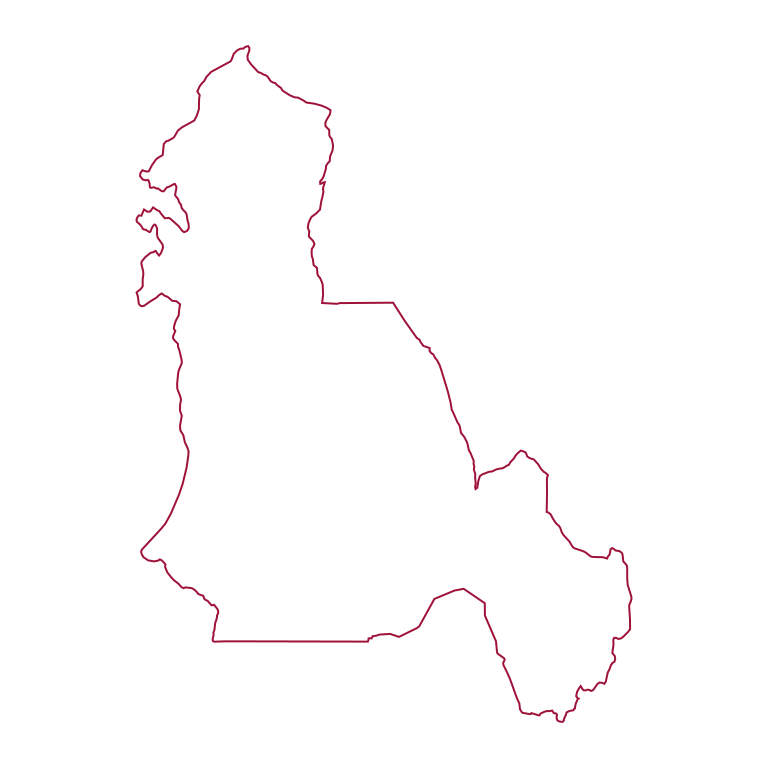 the district of Samburu West, Rift Valley, Kenya
{"feature_id": "3690345B66699120795125", "entity_name": "Samburu West", "entity_type": "district", "adm_level": 2, "iso_a3": "KEN", "parent_name": "Kenya", "parent_adm1": "Rift Valley", "projection": "natural_earth1", "projection_center": [36.61, 1.09], "detail": "fine", "context": "isolated", "style": "outline", "palette": "rose", "viewbox_px": 768, "rotation_deg": 0, "n_neighbors": 0, "source": "geoboundaries", "source_scale": "gbopen_adm2", "svg_char_len": 6092}
<svg xmlns="http://www.w3.org/2000/svg" viewBox="0 0 768 768"><path d="M578.5,698.6L577.6,698.3L576.2,696.1L577.1,691.8L579.4,687.7L580.7,686.1L582.4,689.0L583.7,690.3L585.8,690.3L587.6,689.7L589.3,689.9L591.2,691.0L592.6,690.4L594.0,689.0L597.1,684.3L599.5,682.5L602.4,682.9L604.4,683.8L605.8,681.7L607.7,672.6L609.3,669.7L611.0,665.1L612.3,663.1L614.4,661.8L615.2,659.1L614.8,656.1L612.3,652.9L613.5,644.6L613.3,639.7L614.2,637.8L616.1,637.9L618.6,639.0L621.2,638.3L623.3,636.7L628.2,631.8L630.1,629.2L630.0,619.3L629.2,607.2L629.3,604.7L630.7,601.7L631.5,598.6L631.3,596.5L627.7,584.9L627.2,578.6L627.2,567.9L626.7,565.2L623.3,561.4L622.6,554.9L622.0,553.0L619.5,551.1L615.6,550.5L613.9,549.0L612.1,548.1L610.6,549.2L609.6,554.5L607.9,556.6L607.1,558.5L602.9,557.2L593.2,557.0L590.6,556.4L585.7,552.5L583.2,551.2L574.7,548.4L572.9,547.3L569.3,541.4L563.7,535.3L561.8,532.4L560.4,528.2L559.0,525.9L556.6,523.9L555.1,522.0L552.8,518.5L550.7,514.4L548.5,512.6L546.7,512.0L547.0,493.8L546.9,478.1L548.0,475.1L545.7,473.0L543.8,471.8L541.2,469.2L538.3,464.4L533.8,459.4L529.9,458.2L527.3,456.5L525.7,452.5L523.0,451.2L520.8,450.6L518.4,452.6L515.7,455.3L514.1,458.2L510.2,462.4L508.9,464.8L507.0,465.6L503.0,468.1L497.8,469.0L495.6,469.7L492.3,471.4L489.0,471.8L482.3,474.4L479.9,476.1L478.3,481.1L477.3,487.7L475.6,489.0L475.1,486.8L475.7,483.5L475.1,476.9L475.3,474.0L473.8,469.4L474.3,467.0L473.6,463.8L473.7,460.7L470.4,452.8L468.9,450.2L467.2,442.7L464.3,437.0L461.0,432.9L459.9,426.8L459.1,424.7L457.5,422.4L452.8,411.7L451.7,409.7L450.6,402.7L448.0,392.1L441.5,370.7L439.5,364.8L436.7,359.7L435.3,358.2L433.2,354.3L431.1,353.0L429.6,350.9L429.6,348.0L423.5,346.0L420.3,341.7L419.6,339.8L416.8,337.9L404.6,320.7L393.1,302.7L339.9,303.1L336.8,303.8L322.1,303.0L323.1,294.8L322.7,285.0L322.1,282.6L320.0,277.9L318.3,276.0L317.4,273.9L317.0,268.0L313.6,265.0L312.8,258.9L311.9,256.4L311.6,252.9L311.8,249.0L313.6,246.2L314.4,244.0L313.1,240.9L309.0,236.7L308.9,234.6L309.3,231.6L307.8,227.6L308.5,223.2L310.1,219.5L311.6,216.8L315.9,213.7L320.0,209.6L321.2,201.6L322.8,195.2L323.4,191.6L322.9,188.6L324.8,182.2L322.9,182.6L321.7,183.5L320.3,183.9L320.1,181.5L322.5,178.6L323.6,176.4L325.9,168.7L326.1,165.8L327.7,163.3L329.7,161.2L330.1,156.3L332.5,150.6L333.1,145.5L331.7,138.9L330.2,137.2L329.3,135.3L329.2,129.9L325.5,126.2L325.3,123.0L326.3,120.4L330.0,114.1L330.5,110.2L327.3,108.1L321.8,105.7L314.5,103.7L306.2,102.5L303.8,100.7L298.2,97.7L294.7,97.3L290.0,95.4L282.5,90.6L281.0,88.0L276.7,84.8L275.4,83.1L272.7,82.4L270.6,81.0L267.7,76.8L265.9,75.3L263.6,74.6L261.0,73.0L258.2,72.1L251.2,64.5L247.8,59.8L247.4,56.0L249.4,50.2L249.3,47.8L248.1,46.1L245.3,46.9L243.3,48.6L240.2,48.7L236.9,50.6L233.7,53.9L231.8,59.2L230.5,61.4L211.2,71.8L206.2,77.2L204.4,80.8L201.5,83.8L199.6,86.4L197.3,91.5L199.7,95.1L199.1,98.9L198.9,109.1L196.9,115.4L194.3,120.5L182.2,127.2L180.4,128.5L177.9,130.6L174.3,136.8L173.1,138.0L168.0,140.9L166.3,141.2L163.8,144.0L162.7,155.0L157.3,158.3L155.8,159.7L151.9,165.3L148.8,171.3L146.3,171.5L143.9,170.9L142.4,170.2L140.5,172.9L140.0,176.0L142.7,179.5L145.7,180.3L148.1,179.9L148.5,180.5L149.5,183.3L149.9,187.2L150.5,187.8L154.3,187.3L156.5,188.6L157.8,188.4L161.8,191.2L163.7,191.3L166.7,187.5L169.3,186.6L174.1,184.0L174.8,183.9L176.4,186.7L176.3,188.5L175.1,194.9L175.3,195.6L178.2,199.2L179.0,202.0L181.1,205.0L181.6,207.9L183.2,210.0L185.6,212.4L186.5,214.0L187.5,220.0L188.6,224.3L188.8,227.1L188.6,228.7L186.9,231.0L184.1,232.2L182.2,230.8L178.7,226.2L170.2,218.6L168.8,217.9L164.9,218.3L161.1,213.8L159.3,211.1L157.3,210.3L153.1,207.4L150.3,211.4L149.7,211.6L147.4,211.7L144.0,209.5L141.4,215.7L138.9,215.4L137.7,216.7L136.5,219.4L136.8,221.7L140.0,224.5L141.5,226.4L143.1,229.2L145.8,229.8L149.3,232.0L150.0,232.0L150.6,231.3L151.5,228.8L153.2,225.6L154.5,224.5L155.4,224.9L156.5,226.8L157.2,229.4L156.9,233.1L157.2,235.6L157.8,237.8L162.6,244.6L163.0,247.7L161.0,253.1L159.1,255.5L157.0,253.1L155.9,251.1L155.2,250.9L153.7,252.1L150.6,252.8L145.1,257.3L141.8,261.4L141.3,263.6L143.1,271.0L143.4,273.8L142.7,279.2L142.7,286.2L141.0,288.8L136.6,292.4L137.9,296.6L138.8,303.7L140.1,305.4L141.5,306.2L144.1,305.8L150.1,301.5L156.5,297.6L158.8,295.3L161.7,293.4L164.8,295.8L167.6,296.8L172.2,300.8L176.4,301.2L180.1,304.3L179.2,309.6L178.7,315.3L175.7,320.9L174.1,326.2L173.9,328.9L175.3,331.0L173.2,335.9L173.0,337.5L173.3,338.8L175.0,340.9L177.9,343.8L178.1,347.1L179.3,350.1L181.6,359.8L181.8,363.0L181.5,363.9L178.8,370.2L178.1,373.6L177.1,384.0L177.3,388.7L180.3,396.6L181.0,399.5L180.1,404.9L180.0,410.6L181.8,415.8L180.1,425.2L180.1,428.3L180.5,430.7L183.3,435.1L184.9,442.4L187.2,447.2L188.6,451.2L188.3,455.6L186.6,467.5L182.7,483.7L179.0,494.6L170.9,513.6L165.4,523.6L161.0,528.9L141.8,549.7L141.1,551.8L141.8,554.4L143.5,557.2L148.0,560.3L154.1,561.4L158.5,560.5L159.7,559.4L161.5,560.2L164.2,562.8L165.4,564.5L165.1,567.0L167.4,572.5L171.1,577.2L174.0,580.3L178.3,583.6L181.3,586.9L183.5,588.2L185.4,587.4L191.7,588.1L194.4,589.7L196.5,591.7L198.4,594.1L203.2,595.8L204.6,599.3L207.8,601.0L211.5,605.3L214.1,604.8L217.6,609.3L218.1,610.8L218.2,612.1L218.2,613.0L217.0,615.7L216.9,617.7L216.2,620.4L215.2,623.0L214.4,630.0L213.4,632.8L213.6,635.2L212.8,638.3L212.7,640.2L213.0,641.1L214.3,641.7L225.4,641.3L367.9,641.6L368.5,639.8L368.5,638.5L369.4,638.2L371.5,638.4L372.3,637.2L372.6,636.2L376.2,635.7L379.4,634.6L390.1,633.9L399.0,636.9L416.9,628.1L419.2,626.4L434.4,598.9L454.3,590.6L463.7,588.8L484.8,603.2L484.9,615.5L496.0,641.3L497.1,652.8L498.4,654.2L503.9,658.1L504.4,658.7L504.7,659.7L503.1,663.1L503.6,665.4L507.1,672.4L510.2,679.5L516.7,697.6L519.3,703.4L520.0,709.3L521.9,712.3L522.6,712.8L530.0,714.2L530.9,713.9L531.4,713.1L538.6,715.3L539.5,715.3L540.6,713.5L544.6,711.7L547.0,711.0L548.7,711.2L552.2,710.6L553.8,713.1L556.0,713.5L556.8,714.2L557.0,715.3L556.6,716.5L556.6,717.8L557.0,719.7L558.0,720.8L559.4,721.5L562.4,721.9L563.2,721.4L563.9,720.4L563.8,719.4L565.9,714.8L566.6,712.4L569.6,710.9L573.3,710.3L573.9,709.1L574.8,708.7L575.7,703.7L577.6,699.4L578.5,698.6Z" fill="none" stroke="#9f1239" stroke-width="2"/></svg>